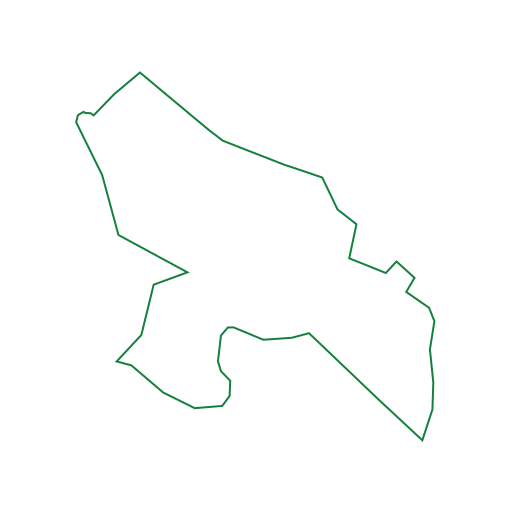 outline of Hudson, New Jersey, United States of America, rotated 280°
{"feature_id": "52423323B86380597892697", "entity_name": "Hudson", "entity_type": "district", "adm_level": 2, "iso_a3": "USA", "parent_name": "United States of America", "parent_adm1": "New Jersey", "projection": "natural_earth1", "projection_center": [-74.072, 40.733], "detail": "fine", "context": "isolated", "style": "outline", "palette": "green", "viewbox_px": 512, "rotation_deg": 280, "n_neighbors": 0, "source": "geoboundaries", "source_scale": "gbopen_adm2", "svg_char_len": 865}
<svg xmlns="http://www.w3.org/2000/svg" viewBox="0 0 512 512"><g transform="rotate(280 256 256)"><path d="M235.0,435.5L246.7,410.2L262.0,415.9L275.0,395.3L261.8,386.8L269.9,348.2L304.7,349.4L316.0,328.2L344.8,307.6L350.2,272.1L350.8,267.8L350.9,267.4L353.2,256.0L358.2,230.8L363.8,203.2L370.7,190.0L371.9,187.7L373.5,184.9L384.0,166.5L385.6,163.8L398.9,140.5L409.1,122.8L415.0,112.5L416.5,109.8L391.0,88.4L366.3,71.7L367.9,68.1L367.2,63.3L368.0,61.1L363.8,56.2L356.6,55.6L308.9,90.5L252.8,116.9L228.0,191.3L210.0,160.2L158.3,156.8L128.0,137.1L126.6,152.3L105.4,188.4L95.5,222.1L102.5,248.8L113.6,254.3L128.6,252.3L136.5,241.5L145.7,236.8L171.6,235.3L180.7,240.7L181.8,246.3L174.8,277.8L181.7,305.5L189.2,321.6L147.0,385.0L136.8,400.3L103.4,451.8L135.5,456.4L162.1,452.6L194.2,443.5L222.8,443.0L235.0,435.5Z" fill="none" stroke="#15803d" stroke-width="2"/></g></svg>